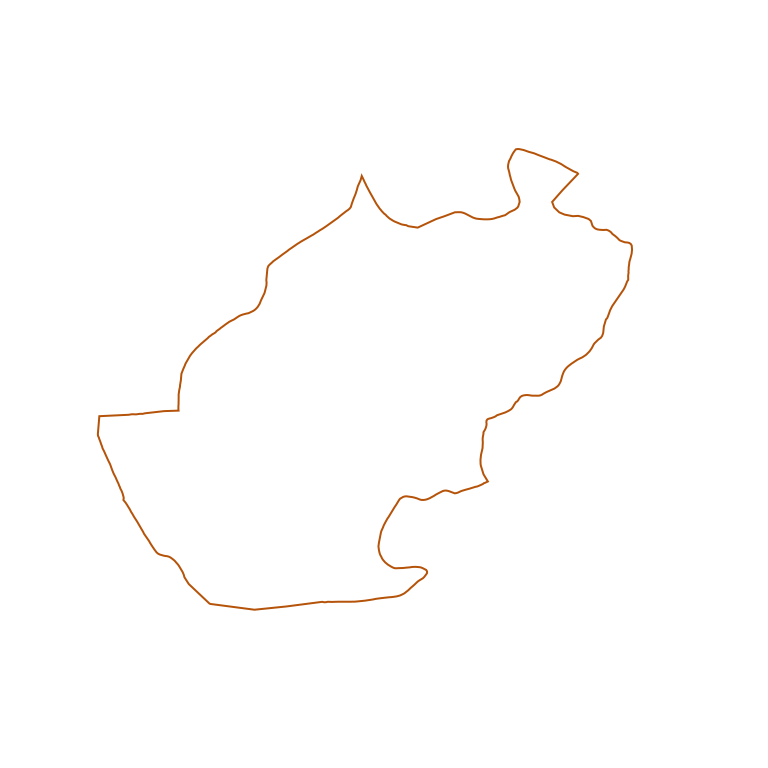 Qa'tabah, Al Dali', Yemen, rotated 146°
{"feature_id": "15242507B41801613427967", "entity_name": "Qa'tabah", "entity_type": "district", "adm_level": 2, "iso_a3": "YEM", "parent_name": "Yemen", "parent_adm1": "Al Dali'", "projection": "albers", "projection_center": [44.626, 13.929], "detail": "fine", "context": "isolated", "style": "outline", "palette": "amber", "viewbox_px": 768, "rotation_deg": 146, "n_neighbors": 0, "source": "geoboundaries", "source_scale": "gbopen_adm2", "svg_char_len": 6166}
<svg xmlns="http://www.w3.org/2000/svg" viewBox="0 0 768 768"><g transform="rotate(146 384 384)"><path d="M123.4,333.7L122.3,335.2L121.5,336.6L120.4,338.0L119.0,339.5L118.2,340.9L116.9,342.4L115.9,343.9L113.8,346.2L112.2,348.1L109.2,350.6L105.9,353.5L103.2,356.7L101.2,360.3L101.1,361.9L101.7,363.7L103.2,365.3L105.1,366.8L107.3,369.8L108.3,371.4L108.8,374.4L109.2,376.0L109.7,377.8L110.3,379.3L110.8,381.0L110.9,382.6L111.4,384.3L112.3,386.1L113.3,387.4L116.3,389.2L119.1,391.4L120.3,392.5L121.3,393.7L122.1,395.2L122.5,396.9L122.7,398.5L121.3,403.4L122.1,406.4L125.4,410.9L129.0,414.8L133.6,417.5L139.6,423.5L142.7,428.3L144.2,435.2L142.8,440.9L127.9,444.8L105.6,449.7L105.7,451.0L107.9,454.3L108.4,455.2L112.1,462.5L114.2,467.4L115.0,468.8L116.1,470.7L117.0,472.3L120.1,476.6L121.1,477.7L124.3,482.3L127.8,487.2L129.8,490.2L130.7,491.5L134.3,495.7L136.5,498.7L137.5,500.0L140.4,503.0L141.7,504.0L143.3,504.8L144.9,504.4L148.0,503.2L151.5,501.3L152.8,500.4L154.3,499.6L155.7,498.9L156.9,497.8L158.2,496.6L159.4,495.2L160.4,493.5L161.6,489.9L163.0,486.5L163.5,484.8L164.3,482.8L164.8,481.0L166.8,472.5L167.1,470.8L167.6,464.2L168.2,462.3L168.9,460.7L169.8,459.0L172.0,457.3L173.3,456.2L174.8,455.6L176.5,455.5L178.1,455.4L183.8,456.3L185.4,456.3L189.1,456.2L190.6,456.7L192.1,457.2L195.2,458.1L196.8,458.7L200.0,459.6L202.1,460.4L203.5,461.1L205.1,462.0L208.6,464.3L211.2,466.3L214.0,468.6L215.3,469.8L216.4,471.2L217.4,472.6L221.1,479.4L221.9,480.7L222.9,482.0L224.0,483.2L225.4,484.3L229.2,486.7L240.1,489.3L248.6,491.6L268.6,494.8L275.7,501.3L276.7,503.2L277.8,504.1L280.2,506.5L284.5,513.0L285.4,514.8L286.9,518.2L287.8,521.7L288.0,523.4L288.6,525.1L289.2,528.5L289.3,530.2L289.5,531.7L289.6,537.5L288.8,547.1L288.5,550.9L287.7,558.4L287.4,560.0L287.0,563.2L286.7,564.7L286.1,568.9L289.4,566.1L295.2,562.5L298.1,560.0L301.4,557.4L305.6,554.6L309.7,551.6L312.5,549.3L314.5,548.6L316.5,548.4L318.7,548.4L326.0,547.9L329.3,547.5L344.0,547.1L348.0,547.1L351.4,547.3L353.8,547.3L355.4,547.4L359.0,547.4L361.0,547.6L366.9,548.0L369.3,548.2L373.4,548.5L375.3,548.5L376.9,548.6L387.9,548.5L389.4,548.3L396.4,548.1L399.5,547.9L407.0,547.7L408.7,547.4L412.3,546.9L414.1,546.4L416.1,544.9L423.5,535.9L424.6,533.8L426.5,531.3L432.1,526.3L439.4,522.0L440.8,521.0L442.3,520.0L445.7,518.5L447.7,518.0L449.8,517.7L451.4,517.7L455.0,518.2L456.8,518.5L458.9,519.4L462.1,520.5L463.9,521.0L465.6,521.3L467.4,521.4L472.3,521.4L474.2,521.7L477.4,522.1L482.5,522.0L486.0,521.8L487.8,521.8L489.3,521.6L493.1,521.5L494.9,521.0L496.6,521.0L498.5,521.2L500.8,521.0L502.8,521.0L504.5,520.6L514.1,519.5L517.8,518.8L519.5,518.6L525.7,517.0L528.9,515.9L535.7,512.6L537.3,511.8L538.8,510.7L542.0,508.7L546.3,505.7L550.2,500.8L553.8,497.0L554.7,495.8L557.2,493.4L560.4,489.8L561.3,488.3L562.6,486.5L563.6,485.0L564.7,483.5L565.7,482.0L566.7,480.8L568.6,478.0L569.2,476.8L581.5,484.5L598.6,493.4L601.0,494.3L602.0,495.1L603.5,496.0L606.6,497.5L609.3,499.5L610.7,500.3L612.8,501.2L638.0,516.5L649.3,502.4L650.1,500.9L650.3,499.3L650.9,497.2L651.3,495.3L652.2,492.1L652.6,490.1L653.3,488.0L653.7,484.6L654.4,480.8L655.4,474.8L655.7,472.5L655.9,470.8L657.4,464.9L658.2,461.1L658.7,456.9L659.4,453.1L659.9,449.7L660.4,447.9L660.6,446.2L661.1,444.5L661.2,442.9L661.5,441.3L661.9,439.6L662.4,438.1L662.9,436.5L663.6,434.9L664.9,433.6L664.8,432.3L664.6,430.6L664.6,427.3L664.7,425.7L664.8,422.5L665.2,419.1L665.2,417.3L665.5,413.7L665.6,408.1L666.2,399.1L666.4,395.9L666.7,394.1L666.6,384.9L666.8,383.0L666.9,378.9L666.9,375.3L666.7,371.5L666.1,369.5L665.1,367.8L663.5,365.9L662.4,364.6L659.9,362.3L658.8,361.0L658.0,359.5L657.3,357.6L656.7,355.7L656.3,354.0L656.1,352.0L655.8,350.0L655.7,348.2L655.9,344.4L656.1,340.8L656.7,337.7L657.5,335.4L657.7,327.3L651.5,299.7L651.0,298.8L617.6,269.3L589.4,254.2L557.1,238.0L555.5,236.4L554.0,235.5L552.4,234.9L549.1,232.5L544.2,229.4L533.0,221.9L529.8,219.8L526.3,217.9L521.1,215.1L514.4,211.9L512.8,211.2L511.0,210.5L506.2,208.1L499.5,204.6L497.4,203.4L495.7,202.5L492.4,200.9L490.7,200.3L488.9,199.7L485.0,199.1L483.4,199.1L481.2,199.3L479.4,199.4L476.1,200.0L471.0,200.6L467.6,201.2L466.0,201.4L464.3,201.4L460.3,201.2L458.7,201.5L455.4,202.6L454.0,203.2L453.1,204.6L453.0,206.2L454.9,209.7L455.9,211.2L457.0,212.3L460.1,214.8L463.2,216.7L464.8,217.4L469.0,219.7L471.1,220.8L474.1,222.7L477.2,224.6L478.4,225.6L479.4,227.1L480.3,228.8L481.7,231.9L482.2,233.5L482.8,235.6L483.2,239.1L483.1,240.9L482.8,242.6L482.7,244.3L482.3,246.0L481.7,247.6L481.0,249.3L479.4,252.5L476.8,255.4L473.8,258.4L469.8,262.4L468.4,263.6L465.1,265.6L463.3,266.9L459.4,269.0L456.2,270.6L454.3,271.3L443.9,276.1L441.8,276.9L436.6,279.3L434.9,279.9L431.3,279.7L429.5,279.1L428.0,278.2L423.6,274.2L422.3,272.8L420.8,271.0L418.8,268.1L417.7,266.9L416.3,265.9L414.6,265.0L412.9,264.4L411.2,264.0L409.5,263.7L407.9,263.6L406.3,263.4L404.6,263.3L402.9,263.3L399.1,262.9L395.2,262.4L393.7,261.9L392.3,261.1L390.9,259.8L389.9,258.6L386.5,253.8L385.0,253.1L383.4,252.6L379.9,252.1L375.1,250.6L371.6,249.4L365.6,247.6L364.0,246.9L362.1,246.5L358.1,245.8L356.5,245.9L355.7,245.6L352.4,245.1L352.0,253.5L349.3,262.4L348.4,264.1L346.4,267.2L343.1,271.1L338.2,275.7L337.0,277.3L334.9,280.1L333.0,283.2L331.9,284.6L329.4,287.1L328.5,288.4L325.5,289.8L323.8,291.0L322.5,292.1L321.3,293.5L320.5,295.1L319.4,296.4L317.9,296.9L316.1,296.5L314.3,295.8L311.1,295.0L309.4,294.8L307.8,294.9L299.4,292.6L295.9,292.1L292.7,292.0L291.1,292.4L289.6,293.0L288.0,293.9L284.8,295.2L283.2,295.1L281.6,295.6L279.8,296.5L278.2,297.0L276.5,297.0L274.9,296.6L273.4,295.9L271.9,295.1L270.6,294.1L267.7,291.5L263.5,288.6L262.1,287.7L260.6,287.1L259.0,286.8L257.2,286.8L253.5,286.4L245.2,284.9L241.9,285.0L240.2,285.3L238.7,285.9L237.0,286.8L235.7,287.6L231.6,291.2L228.8,293.2L227.4,294.0L225.7,294.7L224.1,295.2L222.3,295.6L220.6,295.8L217.3,296.0L212.1,296.0L210.3,296.0L207.0,295.6L205.4,295.3L203.8,295.2L200.2,295.2L197.0,295.8L195.2,296.2L192.0,297.4L190.1,298.4L188.5,299.3L186.9,300.0L181.5,301.0L178.3,301.1L176.2,301.9L173.7,303.8L169.5,308.8L163.9,313.4L162.1,313.8L159.5,315.6L155.3,318.7L151.2,321.0L132.4,328.4L129.5,330.0L125.0,333.1L123.4,333.7Z" fill="none" stroke="#b45309" stroke-width="2"/></g></svg>